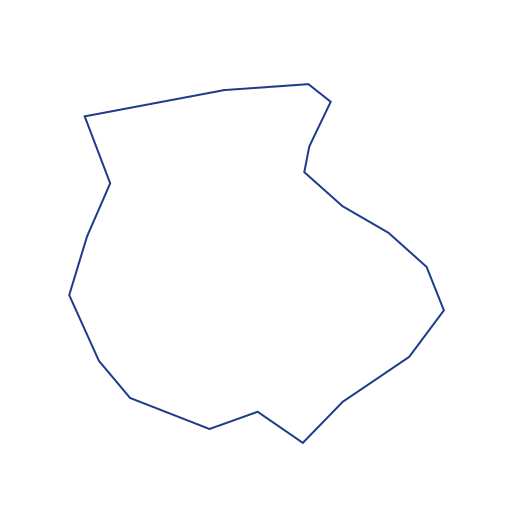 the border of Pécs, rotated 281°
{"feature_id": "HUN-4913", "entity_name": "Pécs", "entity_type": "Urban county", "adm_level": 1, "iso_a3": "HUN", "parent_name": "Hungary", "parent_adm1": "", "projection": "orthographic", "projection_center": [18.248, 46.078], "detail": "fine", "context": "isolated", "style": "outline", "palette": "blue", "viewbox_px": 512, "rotation_deg": 281, "n_neighbors": 0, "source": "natural_earth", "source_scale": "10m", "svg_char_len": 410}
<svg xmlns="http://www.w3.org/2000/svg" viewBox="0 0 512 512"><g transform="rotate(281 256 256)"><path d="M360.4,61.2L412.8,193.1L434.7,274.7L421.6,299.9L373.7,287.4L347.5,287.4L321.4,331.4L304.0,381.7L277.8,425.6L238.5,450.8L186.2,425.6L129.5,369.0L81.5,337.6L103.4,287.3L77.3,243.3L92.6,159.5L123.1,121.8L182.0,80.1L242.9,86.4L299.5,99.0L360.4,61.2Z" fill="none" stroke="#1e3a8a" stroke-width="2"/></g></svg>